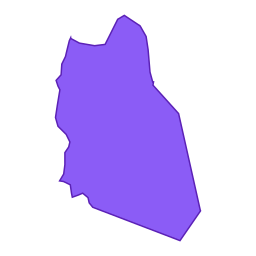 outline of Åmål, Västra Götaland, Sweden
{"feature_id": "70781695B68260395604399", "entity_name": "Åmål", "entity_type": "district", "adm_level": 2, "iso_a3": "SWE", "parent_name": "Sweden", "parent_adm1": "Västra Götaland", "projection": "mercator", "projection_center": [12.59, 58.965], "detail": "fine", "context": "isolated", "style": "filled", "palette": "violet", "viewbox_px": 256, "rotation_deg": 0, "n_neighbors": 0, "source": "geoboundaries", "source_scale": "gbopen_adm2", "svg_char_len": 652}
<svg xmlns="http://www.w3.org/2000/svg" viewBox="0 0 256 256"><path d="M70.7,37.8L69.3,40.8L66.8,50.9L65.5,56.5L61.8,64.1L61.1,74.8L56.1,80.4L58.0,86.1L59.9,89.8L57.4,104.9L55.5,117.5L58.0,126.3L66.2,134.4L69.9,142.0L68.7,147.0L64.9,152.6L64.9,164.6L63.7,174.0L59.6,180.9L63.5,181.5L70.3,184.8L71.5,193.2L72.3,197.2L77.9,195.2L82.7,193.2L88.0,197.6L89.2,202.9L92.8,207.3L179.2,240.3L180.0,240.6L200.5,210.9L200.4,210.8L178.6,113.6L153.0,85.2L153.5,81.9L152.7,82.0L150.0,72.1L148.1,49.7L146.1,36.5L140.1,25.9L124.3,15.4L117.7,19.3L109.1,36.5L105.1,44.4L94.6,45.7L79.4,43.1L70.8,38.5L70.7,37.8Z" fill="#8b5cf6" stroke="#5b21b6" stroke-width="1.5"/></svg>